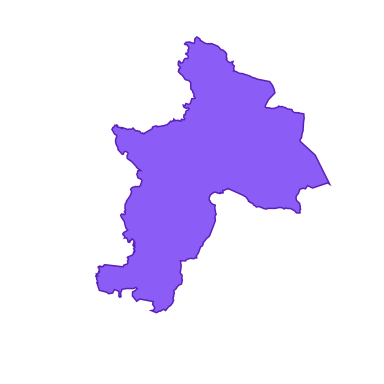 Denkyembour, Eastern, Ghana (Natural Earth projection), rotated 129°
{"feature_id": "2480657B53762921220630", "entity_name": "Denkyembour", "entity_type": "district", "adm_level": 2, "iso_a3": "GHA", "parent_name": "Ghana", "parent_adm1": "Eastern", "projection": "natural_earth1", "projection_center": [-0.823, 6.057], "detail": "fine", "context": "isolated", "style": "filled", "palette": "violet", "viewbox_px": 384, "rotation_deg": 129, "n_neighbors": 0, "source": "geoboundaries", "source_scale": "gbopen_adm2", "svg_char_len": 6050}
<svg xmlns="http://www.w3.org/2000/svg" viewBox="0 0 384 384"><g transform="rotate(129 192 192)"><path d="M190.3,293.5L191.8,294.1L192.7,293.7L193.7,293.7L195.7,288.6L195.4,286.2L196.7,285.2L199.1,284.5L201.1,283.0L202.7,280.9L204.4,277.1L205.3,276.6L205.7,275.8L206.6,269.9L205.7,269.2L203.9,269.9L203.1,269.9L201.9,268.6L201.9,266.4L202.6,265.8L204.9,265.2L206.7,263.4L206.3,257.9L207.2,251.9L207.8,250.2L207.6,245.3L209.3,247.3L209.8,247.5L211.4,246.4L212.8,246.2L215.0,242.9L214.2,239.7L214.5,238.1L219.4,236.2L221.4,236.5L222.0,237.9L222.9,238.5L223.3,239.5L224.4,239.9L225.3,240.9L226.1,241.3L228.5,241.5L229.8,239.1L233.6,237.7L240.4,237.2L241.2,236.5L243.3,236.4L247.1,233.7L248.0,232.0L249.4,232.4L250.0,232.0L250.1,230.8L250.9,230.1L252.1,230.3L252.3,231.3L252.6,231.3L253.4,232.9L255.0,232.8L256.0,231.1L257.5,226.2L261.6,220.7L262.0,218.0L266.7,219.6L266.8,219.3L268.1,219.4L268.7,218.6L268.4,217.4L269.5,215.8L270.2,215.6L269.4,215.2L269.6,214.8L268.9,214.1L269.1,213.2L269.7,211.7L270.9,210.6L271.0,209.9L270.8,209.4L270.1,209.5L270.3,209.1L270.1,208.8L268.9,208.9L268.6,209.4L267.4,208.9L266.7,209.3L266.7,208.7L266.2,208.7L266.1,207.2L266.6,205.7L266.9,205.3L267.2,205.6L267.5,204.9L267.7,205.4L267.7,204.7L268.3,205.3L268.9,204.6L269.5,204.9L270.3,204.4L269.5,204.0L269.2,203.1L269.5,202.8L270.7,203.3L270.9,203.0L270.6,202.9L270.6,201.7L272.2,201.6L272.5,201.1L273.0,201.4L273.6,199.3L274.0,199.2L273.7,199.6L274.1,199.7L274.3,199.1L274.7,199.0L274.9,199.6L275.2,199.6L276.9,198.8L278.4,198.6L283.2,201.1L283.6,201.1L283.7,199.6L284.6,199.3L285.0,198.7L286.0,198.8L287.6,197.1L288.5,196.9L291.6,198.9L293.6,198.6L303.4,214.1L305.0,214.5L305.5,214.0L306.6,214.7L307.3,215.4L307.0,215.7L307.3,216.4L308.2,216.7L307.9,217.2L309.1,217.8L309.8,217.3L309.4,216.6L310.8,215.1L312.0,214.6L311.9,214.2L312.5,214.4L312.7,213.6L313.9,214.1L314.5,213.7L315.5,213.7L315.8,214.8L316.5,214.2L316.5,212.6L317.6,213.9L318.0,213.7L318.5,212.3L319.7,211.3L320.2,210.2L322.0,208.0L322.4,208.8L326.7,202.1L323.5,195.1L323.5,192.8L320.5,190.1L316.6,190.9L315.2,186.2L319.1,183.2L319.2,181.8L317.9,181.3L315.4,184.0L311.5,185.1L307.8,181.7L304.0,176.8L301.5,175.5L301.5,173.8L304.5,174.1L307.1,175.3L310.3,172.9L311.7,166.2L308.0,165.2L301.6,153.2L304.2,151.8L305.0,148.7L307.0,147.4L308.1,147.7L309.8,149.1L308.2,143.8L307.0,143.0L305.9,143.0L304.1,141.3L303.1,141.2L301.0,140.1L300.7,137.9L295.9,138.0L293.7,137.2L290.3,137.3L287.7,138.2L286.3,140.1L284.6,140.6L283.4,141.6L282.0,141.9L280.0,144.1L276.8,143.4L276.5,143.8L272.7,143.7L270.3,142.3L266.9,143.8L265.0,146.0L264.2,146.3L262.7,147.6L262.6,149.4L262.3,150.2L256.0,154.0L252.8,157.8L249.6,153.6L248.5,153.7L247.1,153.3L244.7,151.6L242.5,148.4L240.8,148.2L240.4,146.9L238.4,148.5L235.3,148.7L229.3,150.8L227.5,150.1L225.6,150.5L224.4,151.4L218.2,151.3L216.0,150.7L213.8,151.1L199.6,155.8L197.8,157.4L197.5,158.2L195.7,159.1L194.2,159.1L193.2,160.7L189.8,164.5L187.6,165.6L188.5,168.3L188.5,170.9L187.6,172.2L187.4,173.4L186.0,174.9L182.9,175.8L180.8,175.5L178.0,174.5L177.0,173.0L176.9,171.8L176.1,170.6L175.8,169.6L175.3,169.8L175.0,169.1L174.6,169.3L174.7,168.7L174.5,169.0L173.6,168.2L173.8,167.9L173.3,167.3L172.9,167.4L172.7,168.1L172.3,168.1L171.9,168.8L171.6,168.6L171.2,168.9L170.4,167.9L167.7,166.9L167.1,165.9L166.6,166.1L162.6,151.0L161.9,146.9L162.9,143.4L163.7,142.1L163.2,141.6L163.5,140.6L162.9,138.1L162.8,137.0L163.3,136.1L162.9,133.6L163.2,132.8L162.8,132.1L161.5,131.2L160.7,129.8L160.7,128.9L159.9,127.1L159.7,125.6L158.3,123.3L157.0,122.8L152.5,117.1L149.2,114.5L147.4,111.9L147.2,109.8L146.9,109.4L145.8,109.4L145.3,108.9L144.9,107.7L142.8,104.9L142.0,100.6L142.5,97.7L141.2,95.9L140.2,94.9L138.3,96.8L137.0,96.7L136.7,97.5L135.0,98.9L133.1,101.3L132.8,105.1L132.1,106.4L130.4,108.0L128.7,108.5L126.3,108.4L121.8,109.9L119.0,107.8L118.1,105.8L114.4,106.2L113.0,100.8L99.6,92.3L99.3,89.9L85.8,119.5L84.6,139.2L83.8,140.8L83.1,141.1L81.3,140.9L76.9,143.4L74.9,144.0L67.2,149.5L64.3,151.1L60.9,154.3L62.9,157.8L63.2,159.1L64.1,159.6L64.4,160.6L65.9,162.4L66.0,164.8L65.2,165.7L65.3,166.8L67.3,169.9L67.8,173.1L68.6,174.3L68.9,175.9L70.3,177.1L70.6,178.6L71.6,178.6L74.9,180.5L77.0,182.6L77.9,184.8L79.9,187.7L79.8,188.5L78.7,189.4L72.0,190.7L62.9,189.9L60.6,192.7L58.5,196.5L57.3,201.1L63.2,212.3L64.3,216.0L64.9,216.7L65.5,220.1L68.2,227.3L70.1,230.1L70.6,233.5L71.8,235.9L70.8,236.0L69.8,237.4L67.5,238.3L67.2,241.3L64.8,242.2L67.6,244.0L68.0,245.8L67.3,248.9L66.4,248.8L65.1,250.6L63.1,251.8L62.3,253.8L62.2,257.2L63.1,259.1L62.4,263.5L64.3,270.1L67.3,273.5L68.3,275.9L68.7,279.9L69.1,280.8L68.3,281.7L68.1,282.6L68.3,285.3L68.7,286.0L71.4,286.1L73.5,284.5L75.1,283.9L75.6,284.4L76.9,288.2L79.4,290.8L81.7,290.9L81.8,290.3L80.7,288.4L81.7,285.4L82.0,285.0L84.4,284.5L85.4,283.2L86.3,282.9L88.1,284.0L88.7,283.8L88.5,281.3L89.1,280.1L90.0,279.5L91.4,279.8L91.9,280.8L93.0,281.5L94.6,281.4L96.6,280.7L97.5,280.8L99.0,282.1L98.2,283.3L98.2,284.2L98.5,284.6L99.3,284.5L101.9,282.7L102.5,280.9L102.3,279.7L102.7,279.1L104.9,279.6L105.8,278.5L106.5,278.7L107.1,278.2L107.5,275.2L107.4,272.8L108.9,268.0L107.4,264.6L107.8,261.9L112.7,257.7L113.0,255.2L114.1,253.9L114.7,252.0L116.5,250.7L116.8,248.7L117.8,248.8L119.6,250.9L124.3,249.0L125.9,249.6L127.0,252.4L129.2,251.7L130.0,253.5L131.0,252.2L131.1,251.2L130.6,249.1L128.8,247.9L129.2,246.7L130.1,246.4L132.3,247.5L133.6,247.3L136.1,246.0L137.0,246.8L139.3,245.3L139.6,243.7L140.6,243.4L141.1,243.8L142.0,245.9L142.8,245.9L143.7,245.0L144.1,245.2L145.1,248.1L146.8,249.5L146.9,252.0L148.2,250.9L149.2,252.0L150.3,252.3L150.4,253.1L155.1,253.6L155.9,254.0L159.1,256.4L163.2,260.1L162.8,260.9L163.6,261.8L165.9,263.4L166.6,263.5L167.8,262.7L175.7,265.8L177.1,265.9L177.1,267.4L177.7,267.5L178.3,268.7L177.9,269.8L177.9,271.4L178.8,272.3L178.9,273.2L179.9,274.4L179.4,278.1L180.7,278.3L181.7,278.9L182.7,280.6L183.7,281.0L185.9,286.9L186.7,286.4L187.0,287.0L186.9,288.1L188.4,290.7L188.3,291.4L187.7,291.1L187.3,291.4L187.2,292.7L187.8,292.8L188.9,294.1L190.3,293.5Z" fill="#8b5cf6" stroke="#5b21b6" stroke-width="1.5"/></g></svg>